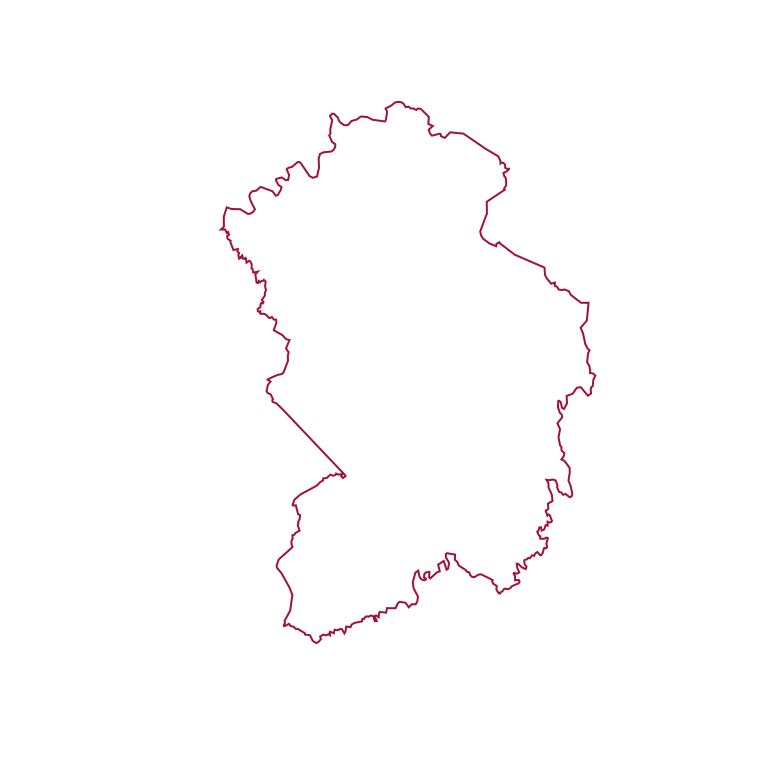 outline of Hambol, Vallée du Bandama, Ivory Coast, rotated 225°
{"feature_id": "98640826B80955316471767", "entity_name": "Hambol", "entity_type": "district", "adm_level": 2, "iso_a3": "CIV", "parent_name": "Ivory Coast", "parent_adm1": "Vallée du Bandama", "projection": "natural_earth1", "projection_center": [-4.861, 8.622], "detail": "fine", "context": "isolated", "style": "outline", "palette": "rose", "viewbox_px": 768, "rotation_deg": 225, "n_neighbors": 0, "source": "geoboundaries", "source_scale": "gbopen_adm2", "svg_char_len": 6166}
<svg xmlns="http://www.w3.org/2000/svg" viewBox="0 0 768 768"><g transform="rotate(225 384 384)"><path d="M230.9,523.7L233.9,526.2L235.2,528.5L234.8,530.0L238.8,534.8L240.5,539.4L243.4,539.3L246.3,537.4L247.6,539.3L251.6,542.0L255.9,543.1L261.5,550.2L262.5,553.1L265.7,553.2L270.1,554.7L279.0,560.5L284.7,562.8L285.4,572.2L296.8,586.1L302.0,580.8L314.7,579.1L319.1,580.3L323.4,578.3L324.4,576.5L327.2,574.3L330.3,575.1L332.7,574.1L334.8,576.6L336.7,573.1L343.6,573.8L347.3,575.0L352.8,579.8L382.9,567.9L401.6,565.4L402.6,565.8L403.6,562.6L402.1,560.8L408.6,558.0L416.6,556.8L420.5,557.8L423.8,559.8L431.8,577.4L440.2,585.5L436.0,606.8L437.2,606.9L438.1,610.8L440.7,613.5L443.8,615.9L445.9,616.0L448.8,617.7L447.5,621.4L447.6,625.3L448.6,623.3L451.2,622.6L453.6,624.8L456.0,624.7L457.3,623.8L457.5,622.2L459.3,624.0L464.2,625.8L478.3,622.2L504.9,617.2L515.2,608.7L515.0,601.0L518.9,599.6L520.8,600.8L521.6,600.4L525.7,593.5L528.7,593.7L532.2,595.4L531.9,601.0L536.5,599.2L541.2,604.6L552.4,604.5L554.8,602.9L555.0,600.5L558.0,599.6L559.9,597.8L562.9,597.4L564.3,595.1L568.4,596.0L571.2,595.4L573.9,593.0L575.3,590.7L575.7,586.2L577.7,580.0L574.3,578.7L569.4,572.1L569.0,570.3L579.0,562.7L584.5,561.0L588.8,557.5L589.6,556.3L590.2,551.9L593.0,546.8L592.6,541.9L593.5,540.4L595.4,538.8L599.8,538.1L602.4,538.4L604.8,539.8L610.2,539.7L611.7,538.7L611.8,535.3L607.0,533.8L602.1,526.1L599.0,523.3L598.5,521.0L591.7,518.4L588.0,519.1L586.0,516.9L585.2,513.4L585.6,511.2L590.6,505.1L591.9,501.3L589.5,497.1L582.8,490.9L578.1,483.4L580.0,479.6L583.5,478.4L599.0,481.3L601.1,481.0L602.0,479.8L602.5,472.8L604.5,469.0L604.7,467.1L598.9,464.7L596.1,460.5L597.5,458.7L602.4,457.7L605.2,452.8L604.4,451.6L599.2,450.1L595.8,450.8L594.2,448.2L592.7,442.4L593.7,440.6L599.2,441.4L610.1,436.4L610.7,435.6L611.0,430.5L613.4,427.0L613.4,424.1L612.1,421.6L607.6,419.1L598.8,416.3L598.2,413.1L599.0,409.8L600.5,408.0L609.3,405.9L615.6,399.9L620.1,397.7L615.5,388.9L608.4,382.0L608.5,377.9L605.6,380.9L602.1,379.7L601.9,381.3L601.0,381.1L600.5,380.1L599.1,380.0L599.5,377.5L598.3,376.7L596.6,376.1L593.8,376.9L593.3,375.9L585.3,372.3L582.7,376.1L581.3,374.0L579.0,374.2L578.2,372.1L575.0,370.2L574.5,371.7L575.2,372.4L575.2,374.7L572.5,372.9L571.1,373.8L571.1,375.2L570.2,375.0L567.0,372.6L566.4,375.9L565.2,376.2L562.2,375.1L559.4,372.1L558.3,372.4L555.2,370.3L552.7,374.2L552.5,370.6L545.7,365.5L544.4,366.4L545.4,368.3L543.5,368.4L543.4,370.6L542.2,371.8L542.5,372.7L540.1,372.7L537.1,368.9L533.9,367.0L532.5,363.9L530.8,362.4L529.8,357.0L527.3,356.9L526.7,355.3L528.0,354.6L527.6,352.9L525.7,351.0L526.4,347.7L524.8,346.3L523.6,346.5L522.9,348.0L521.2,346.2L518.5,348.7L516.7,349.5L512.4,349.4L511.3,350.0L510.7,352.1L507.4,351.7L505.8,353.2L503.5,351.4L500.0,344.1L490.4,346.7L484.8,346.5L482.0,348.3L478.3,339.8L473.9,339.0L472.1,336.1L468.3,332.5L463.3,321.3L463.2,318.9L465.7,315.2L469.4,305.6L469.3,304.7L466.0,305.5L465.4,301.1L461.8,295.7L459.6,295.5L456.6,296.5L451.7,294.8L451.6,293.6L450.1,292.6L446.3,294.3L436.9,294.4L346.5,292.0L346.0,291.6L346.6,288.4L349.0,288.5L349.8,290.9L352.4,287.5L354.6,286.8L354.0,285.5L355.1,283.2L357.8,282.0L358.1,276.9L360.3,274.2L358.9,272.6L359.7,269.7L359.7,264.5L365.0,246.7L365.5,238.6L363.0,233.8L362.2,233.8L360.6,235.9L352.6,231.2L350.7,232.0L348.2,229.0L347.1,225.5L345.7,224.8L345.4,223.3L340.0,220.6L341.3,215.9L340.8,214.0L341.8,212.2L339.3,210.2L338.8,208.2L336.7,205.8L333.4,203.8L334.4,185.6L331.5,179.6L329.8,178.4L322.5,177.7L306.5,173.1L299.6,170.0L290.1,157.5L286.9,146.4L284.9,144.7L284.2,142.4L283.2,142.2L281.5,147.3L279.0,146.8L276.5,148.3L273.1,148.5L271.9,149.8L263.9,151.8L262.7,151.0L258.6,154.0L252.9,152.0L248.7,152.9L247.9,155.3L248.2,159.0L250.6,160.3L249.7,163.9L247.1,165.4L246.5,167.6L244.4,168.2L246.9,170.0L247.0,170.8L243.3,172.2L245.1,175.3L242.4,177.3L242.0,179.5L240.4,180.9L235.6,179.6L236.0,181.4L239.2,185.8L235.7,188.4L236.8,191.1L235.9,194.2L231.7,200.6L233.2,202.7L232.0,203.8L232.5,205.6L232.0,207.5L230.3,208.6L229.8,210.8L227.4,212.2L222.8,209.8L221.6,211.3L225.9,213.0L226.4,214.0L225.8,214.9L222.8,215.3L225.6,218.8L225.7,220.0L220.8,223.8L223.4,227.6L217.3,233.6L219.1,238.8L219.0,241.0L214.0,244.6L208.6,243.6L208.6,248.0L205.8,250.6L206.9,254.2L209.7,257.7L218.7,260.5L223.6,264.3L228.4,272.8L227.8,276.3L222.7,272.9L219.6,272.3L216.9,273.5L216.1,275.2L216.5,276.0L218.9,275.5L221.1,278.1L221.2,280.3L219.0,283.2L215.4,279.2L213.8,279.3L213.4,287.9L212.1,291.0L218.0,294.5L216.6,301.1L208.5,296.9L208.2,299.0L211.6,303.6L217.6,305.2L219.9,307.3L219.8,308.9L213.1,313.6L209.7,309.9L206.5,310.0L202.5,308.5L194.7,310.3L192.3,309.9L190.4,311.1L188.5,310.0L185.6,309.8L183.5,311.3L182.4,316.0L180.7,318.1L168.5,322.2L167.9,320.8L165.6,320.0L161.5,320.9L159.2,318.1L154.9,317.1L153.9,317.8L154.5,318.3L153.7,321.1L154.1,324.0L153.7,325.0L151.5,326.2L150.4,328.5L150.5,331.7L147.9,338.2L148.4,340.2L150.1,340.7L152.6,337.9L155.5,340.9L158.2,341.5L158.6,342.3L156.1,343.6L155.1,346.4L159.6,348.1L163.0,350.7L161.6,351.8L156.9,351.8L152.9,353.3L154.0,355.6L157.1,356.0L160.0,358.2L160.1,359.1L159.0,361.0L159.1,362.9L157.7,363.8L158.2,367.5L156.3,368.7L157.2,370.9L156.8,373.6L152.4,373.4L151.8,374.1L152.5,377.2L154.6,380.6L154.7,381.6L153.3,382.2L153.2,383.9L156.4,386.0L159.1,390.9L160.7,390.2L161.2,387.9L164.2,385.1L165.8,386.9L167.1,386.4L171.1,387.8L171.1,389.6L172.7,392.4L171.7,393.7L168.9,391.8L167.9,394.5L169.9,398.6L168.1,399.5L171.0,402.3L169.0,403.1L168.1,404.8L168.4,405.9L173.9,408.4L175.4,408.1L175.4,406.4L180.0,408.7L179.5,412.0L183.5,415.3L182.1,420.4L187.2,424.5L194.4,427.1L197.6,430.2L201.4,431.1L199.0,433.0L197.2,435.7L194.5,437.2L189.7,435.0L188.4,433.2L183.6,431.5L181.8,432.8L179.0,432.3L177.8,434.7L172.6,435.2L171.9,437.2L172.9,439.3L179.4,443.6L185.3,446.2L190.2,453.0L193.6,456.0L202.0,457.2L205.2,456.1L205.9,460.2L207.6,462.7L211.5,462.5L214.0,464.9L216.1,465.1L222.9,469.7L227.6,476.6L233.6,478.8L234.4,486.0L235.1,487.1L237.0,488.2L239.1,487.9L244.5,490.5L248.7,495.1L248.4,496.0L246.0,496.1L241.4,493.0L239.0,493.7L241.0,499.8L246.4,504.7L243.7,510.5L245.0,517.7L242.6,520.9L231.5,519.9L230.9,523.7Z" fill="none" stroke="#9f1239" stroke-width="2"/></g></svg>